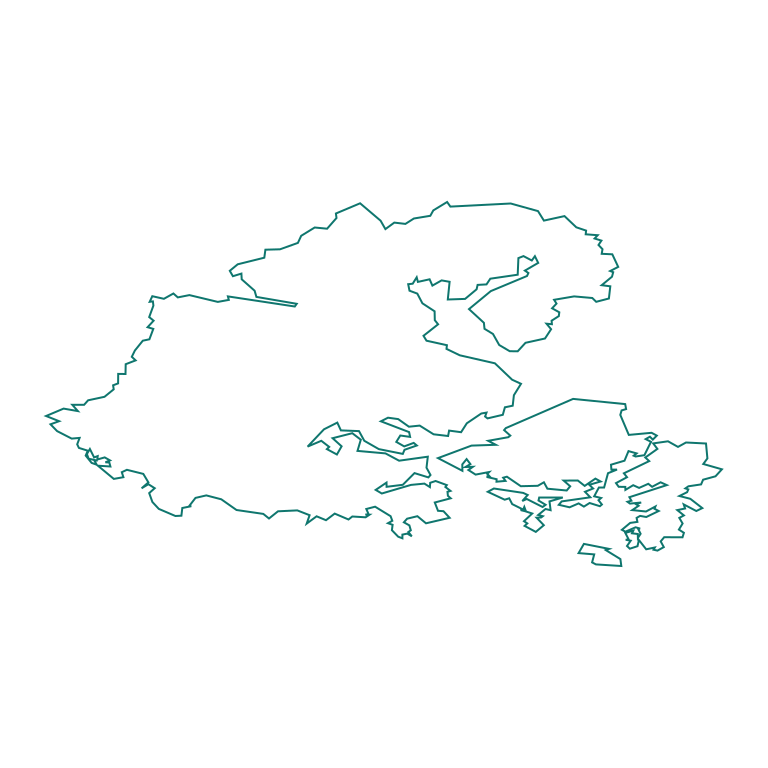 Farsund nor, Vest-Agder, Norway (Robinson projection)
{"feature_id": "86288312B34679713059782", "entity_name": "Farsund nor", "entity_type": "district", "adm_level": 2, "iso_a3": "NOR", "parent_name": "Norway", "parent_adm1": "Vest-Agder", "projection": "robinson", "projection_center": [6.828, 58.134], "detail": "fine", "context": "isolated", "style": "outline", "palette": "teal", "viewbox_px": 768, "rotation_deg": 0, "n_neighbors": 0, "source": "geoboundaries", "source_scale": "gbopen_adm2", "svg_char_len": 6105}
<svg xmlns="http://www.w3.org/2000/svg" viewBox="0 0 768 768"><path d="M360.1,203.3L335.9,213.5L336.5,218.0L327.1,228.7L314.7,227.5L301.2,235.8L297.9,242.9L280.0,249.3L265.4,249.7L264.3,257.7L237.7,264.3L229.8,270.8L232.9,276.2L241.4,273.6L241.7,279.3L254.6,290.7L256.4,296.9L296.7,303.8L294.8,306.5L227.9,296.4L228.8,299.9L217.8,301.9L189.4,295.1L177.8,297.4L173.4,293.5L163.9,298.8L152.3,296.2L149.7,301.8L152.9,301.4L153.4,305.6L149.2,317.1L153.6,320.7L147.6,327.2L153.3,328.9L149.4,339.3L142.8,340.7L134.9,350.5L131.8,356.8L135.6,360.4L125.7,364.2L125.5,374.0L118.2,373.9L118.1,383.4L113.1,385.3L113.7,389.3L104.5,396.8L88.1,400.3L84.1,404.8L72.3,404.8L77.9,411.1L63.6,408.6L46.1,416.0L59.1,421.2L50.5,424.3L57.1,431.1L71.7,438.6L79.6,437.9L77.2,444.3L78.9,447.9L87.8,450.7L85.7,455.6L91.6,462.9L96.7,464.7L94.2,460.2L97.7,460.7L88.6,458.7L86.9,454.0L89.9,449.0L94.1,457.4L97.7,456.1L97.3,459.5L104.7,457.4L110.0,460.4L105.4,462.3L109.3,462.5L110.4,466.5L97.9,465.7L113.8,478.9L123.4,477.2L121.8,472.2L126.9,469.8L143.3,473.9L148.4,482.4L141.6,488.3L148.4,484.2L154.7,488.2L149.2,493.1L152.4,502.0L158.8,508.9L175.4,516.0L181.4,515.7L182.3,508.0L191.3,506.2L189.3,505.9L195.5,497.9L206.3,495.4L221.3,499.3L236.5,510.0L263.3,513.9L269.0,518.5L278.0,511.3L297.3,510.4L309.6,515.2L306.7,523.6L316.6,516.3L326.0,520.2L334.7,513.6L348.5,519.5L352.3,516.5L365.6,517.3L369.5,514.7L365.3,514.6L368.6,514.2L366.3,509.0L375.1,506.7L390.6,516.2L392.3,520.8L388.0,523.2L392.6,524.8L391.9,530.2L398.2,536.7L402.4,538.3L402.4,534.6L407.3,533.6L411.8,536.3L408.4,532.0L410.8,530.3L409.4,525.4L403.9,522.3L407.1,518.7L417.4,516.2L426.0,523.3L449.6,517.8L443.5,511.2L438.0,510.8L434.8,502.5L450.7,498.3L447.9,495.8L447.5,491.8L450.5,490.9L445.4,487.0L446.8,485.1L435.6,481.0L430.2,482.8L429.9,487.1L424.4,483.6L411.0,484.9L381.8,493.5L375.7,489.9L386.5,482.6L386.6,486.8L402.8,484.8L414.5,473.1L428.4,477.4L430.5,475.0L426.5,467.7L427.8,456.7L399.1,460.7L385.5,453.4L357.5,450.9L360.8,439.7L352.3,433.2L332.6,438.2L341.6,446.3L336.9,454.5L326.9,449.1L329.2,446.9L321.3,440.8L307.6,446.6L324.0,429.3L337.3,422.6L340.9,430.4L359.0,431.1L364.3,440.8L378.8,449.1L402.8,453.9L404.5,449.8L416.8,445.5L413.7,442.9L404.2,446.4L396.3,441.9L400.3,435.5L410.1,436.9L409.1,432.1L380.9,421.3L388.0,417.7L398.2,419.1L408.9,426.7L419.7,425.6L433.6,434.3L448.1,436.0L449.1,430.6L461.1,432.2L466.8,423.3L481.3,413.5L486.5,412.6L485.1,416.5L487.5,418.4L502.8,414.8L504.9,407.3L512.7,405.7L513.9,395.2L521.0,383.8L512.1,379.7L494.9,363.3L459.8,355.3L446.5,348.9L446.9,345.2L426.5,340.7L423.5,335.8L438.1,324.3L434.8,320.2L434.6,311.3L422.4,303.3L417.3,293.6L409.5,290.7L408.2,284.2L412.7,283.7L416.7,277.3L417.9,281.9L429.6,279.3L432.4,285.6L441.6,280.4L449.6,281.8L447.8,299.5L465.1,298.9L476.6,289.3L477.6,284.9L486.5,284.4L490.3,278.7L517.7,274.7L518.4,258.1L523.5,256.1L531.8,260.5L534.9,256.2L538.2,262.9L524.9,270.6L528.4,273.0L527.0,276.0L490.8,291.1L469.0,309.1L483.9,322.8L484.5,328.8L493.0,334.0L499.2,345.0L509.7,351.2L517.7,351.3L525.5,342.8L545.0,338.5L551.1,329.2L546.5,323.7L551.9,324.2L551.6,320.7L558.8,316.1L559.3,312.3L552.1,308.3L556.5,303.6L554.1,299.8L574.1,296.4L592.3,298.0L596.2,301.8L608.9,298.5L610.3,286.3L601.7,285.2L612.0,276.7L613.2,272.2L610.2,271.0L618.2,266.9L612.3,254.3L601.7,253.8L602.5,249.2L598.5,245.0L601.4,240.6L594.6,238.5L597.7,235.2L585.7,234.3L586.1,230.6L576.3,227.3L564.5,216.1L543.9,220.6L538.0,211.1L510.7,203.5L450.4,206.6L447.1,202.0L433.3,210.4L430.3,215.8L413.9,218.5L405.4,223.9L394.3,222.6L385.4,229.1L380.6,220.7L360.1,203.3ZM625.2,404.1L573.1,398.9L505.8,428.1L504.1,430.1L510.3,435.6L508.3,437.2L488.2,440.8L495.8,444.8L471.5,445.6L438.0,458.1L462.4,470.8L462.3,464.4L466.6,459.1L470.4,464.1L465.5,467.0L472.9,466.8L468.4,470.0L475.6,474.6L489.2,472.0L487.3,473.9L489.8,476.6L487.4,476.5L487.4,477.1L496.6,479.2L496.5,481.7L505.5,480.9L503.2,477.7L506.9,476.7L520.8,486.2L537.8,485.8L543.9,482.3L547.4,488.7L566.7,490.5L570.2,486.3L563.7,480.6L577.8,480.5L584.7,485.9L595.4,478.6L600.6,481.5L589.3,484.8L593.1,488.5L585.0,491.8L590.3,497.3L561.7,501.4L558.8,504.8L569.6,507.3L578.6,503.4L583.9,506.6L589.6,503.0L599.9,506.2L601.9,504.5L598.5,500.2L601.1,498.0L594.2,496.3L598.9,487.5L604.1,487.5L608.0,473.2L617.0,469.6L611.4,469.6L611.0,464.7L624.5,460.7L628.5,451.1L636.6,453.4L633.7,455.7L635.6,456.5L644.4,455.2L651.0,441.8L645.7,439.1L649.9,436.7L652.8,439.6L656.8,435.6L651.6,432.8L628.8,434.9L620.3,414.9L621.6,410.4L626.1,409.1L625.2,404.1ZM653.2,443.4L657.4,448.9L645.3,457.5L649.2,461.1L623.9,473.3L627.0,477.2L616.0,483.1L618.7,486.8L625.3,486.9L625.4,489.9L633.2,485.2L639.1,487.9L648.3,483.8L652.1,486.8L660.6,482.3L666.8,485.1L629.4,497.2L631.4,500.7L627.5,501.8L630.0,503.6L641.2,502.5L635.9,504.1L638.6,505.8L632.3,510.1L646.0,511.5L655.4,506.5L654.5,508.8L658.7,511.0L646.3,517.0L640.1,515.9L636.6,517.9L637.4,521.9L630.2,522.9L621.9,529.8L625.4,531.7L635.6,527.3L640.2,528.6L638.0,528.6L640.6,533.8L637.9,537.9L637.8,534.0L632.0,533.3L633.3,530.7L625.3,532.9L628.6,539.3L625.7,539.8L630.7,540.7L627.0,546.0L629.8,548.7L637.5,546.2L638.9,540.0L646.2,549.3L654.8,547.5L653.5,549.7L657.5,550.6L663.8,547.1L660.7,541.4L664.2,537.2L682.5,537.3L683.9,532.8L678.9,529.6L682.6,523.5L679.3,517.9L683.9,515.4L677.3,510.1L685.1,508.5L683.7,504.4L696.3,511.0L702.3,508.1L690.3,498.8L679.4,496.0L687.1,492.2L688.3,489.4L685.4,488.4L688.4,486.3L701.1,484.4L703.1,479.7L715.5,476.3L721.9,469.3L703.3,464.0L707.4,458.4L706.0,443.5L686.0,442.5L678.0,446.9L668.0,441.3L653.2,443.4ZM493.9,488.5L487.8,491.8L504.7,499.7L509.2,498.3L512.2,504.1L523.2,509.6L521.3,509.9L521.4,510.3L524.7,511.1L523.3,509.3L524.3,506.9L526.0,511.5L532.2,513.5L524.0,521.2L527.3,523.4L524.6,525.9L535.8,531.9L543.8,525.2L536.6,517.7L541.1,517.5L542.8,516.2L538.2,515.0L545.5,509.0L550.6,510.2L549.5,501.4L562.8,497.5L539.2,497.5L538.5,500.5L545.6,504.8L542.6,507.0L526.8,499.0L522.3,501.0L527.7,495.0L523.2,492.9L493.9,488.5ZM609.1,548.9L583.9,543.9L578.6,553.1L594.2,554.4L592.1,562.4L595.9,564.4L621.3,566.0L620.4,559.1L605.8,550.1L609.1,548.9Z" fill="none" stroke="#0f766e" stroke-width="2"/></svg>